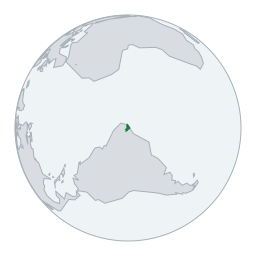 globe centered on Alagoas, rotated 286°
{"feature_id": "BRA-623", "entity_name": "Alagoas", "entity_type": "State", "adm_level": 1, "iso_a3": "BRA", "parent_name": "Brazil", "parent_adm1": "", "projection": "orthographic", "projection_center": [-36.639, -9.667], "detail": "fine", "context": "on_globe", "style": "filled", "palette": "green", "viewbox_px": 256, "rotation_deg": 286, "n_neighbors": 0, "source": "natural_earth", "source_scale": "10m", "svg_char_len": 6737}
<svg xmlns="http://www.w3.org/2000/svg" viewBox="0 0 256 256"><g transform="rotate(286 128 128)"><circle cx="128" cy="128" r="113" fill="#eef3f6" stroke="#a8b0b8"/><path d="M89.2,22.2L92.0,21.3L90.5,21.9L94.0,20.7L94.8,20.4L96.6,19.8L98.3,19.3L96.8,19.8L95.7,20.2L96.1,20.1L94.6,20.6L96.3,20.1L94.2,21.0L98.8,19.5L99.2,19.7L97.2,20.5L94.1,21.2L81.7,26.0L78.7,27.7L77.5,29.0L82.0,29.3L80.0,31.1L79.6,32.8L82.2,31.3L83.4,29.4L88.2,27.4L89.1,25.7L91.1,24.8L93.4,23.1L96.5,22.6L98.4,23.1L96.7,24.6L97.4,25.1L101.9,23.2L101.5,26.1L105.9,28.3L105.4,29.4L99.4,31.5L92.2,32.1L84.4,36.4L93.0,33.0L91.6,36.2L92.9,36.7L95.0,36.3L96.9,35.0L97.2,36.1L88.8,39.5L88.4,38.5L91.1,37.3L87.7,37.8L82.0,40.7L81.7,42.4L73.4,46.0L73.1,47.4L71.2,49.2L72.2,46.6L70.2,51.5L60.4,58.6L57.5,68.3L56.5,61.4L53.8,61.3L50.3,62.4L49.7,63.9L45.8,64.1L40.7,68.7L36.7,77.2L36.4,83.0L40.9,81.8L43.3,77.7L47.3,76.0L42.3,86.5L48.8,86.3L46.9,94.0L48.6,97.6L52.4,95.8L56.1,97.0L59.5,92.1L64.7,89.0L64.1,95.2L67.5,89.2L70.1,91.8L80.8,90.5L79.8,92.0L88.8,98.8L99.5,101.6L102.0,106.2L100.6,109.2L104.6,110.0L104.7,111.9L121.4,114.7L130.7,119.8L130.9,126.7L124.1,134.7L120.2,152.0L108.5,157.9L107.0,165.1L100.6,175.8L93.3,175.4L97.0,180.5L94.2,183.8L90.0,184.3L90.6,188.1L87.5,188.4L90.6,190.7L87.8,195.9L91.2,199.7L89.7,203.9L92.0,206.1L90.7,206.1L89.8,207.1L90.5,208.4L85.3,206.7L81.2,201.7L81.2,198.9L79.3,198.7L79.0,191.6L77.8,193.1L74.0,183.0L73.7,174.4L69.5,150.7L66.6,146.3L58.9,141.9L49.3,126.5L51.1,119.4L49.4,116.5L55.0,106.2L54.1,97.9L52.2,97.1L50.0,100.6L44.2,96.6L43.0,90.8L29.7,86.1L29.2,83.7L30.8,78.9L34.3,66.2L29.1,79.1L28.9,77.2L30.3,73.0L31.4,71.3L34.8,64.9L35.6,63.6L40.8,56.7L46.5,50.3L52.6,44.3L59.2,38.8L66.2,33.8L73.6,29.4L81.3,25.5L89.2,22.2ZM56.1,71.9L63.6,75.4L58.3,76.9L59.5,75.8L57.8,74.1L54.3,73.0L49.9,74.9L56.1,71.9ZM61.7,65.6L60.3,65.5L61.8,65.2L61.7,65.6ZM91.5,23.5L92.4,23.3L91.5,23.7L91.5,23.5ZM91.6,23.1L89.9,23.7L89.7,23.6L90.7,23.2L91.6,23.1ZM93.7,22.4L89.5,23.4L89.2,23.2L92.9,21.7L93.7,22.4ZM93.1,20.9L94.4,20.5L93.6,20.8L92.7,21.0L93.1,20.9ZM102.7,18.2L98.6,19.3L98.8,19.2L102.7,18.2ZM106.8,17.6L105.2,17.8L106.0,17.6L106.8,17.6ZM107.3,17.3L108.5,17.1L107.9,17.2L105.4,17.7L107.3,17.3ZM94.8,210.5L86.1,207.5L90.6,208.8L91.8,206.5L97.0,209.0L94.8,210.5ZM99.1,204.7L101.6,203.4L102.8,204.0L101.3,205.0L99.1,204.7ZM236.4,97.4L236.3,100.5L234.0,92.6L222.1,70.4L221.2,68.4L221.0,68.1L220.7,67.7L222.1,70.9L219.2,66.9L228.1,81.4L230.7,87.7L236.3,101.0L236.4,102.0L237.5,105.0L238.1,104.1L238.6,106.7L239.8,118.0L236.9,132.4L235.9,144.6L233.3,154.6L228.5,159.9L225.8,168.1L222.9,170.2L220.7,174.7L216.5,179.0L210.8,182.7L204.4,181.3L206.4,177.0L206.9,168.2L208.5,147.8L212.7,139.3L213.2,132.5L208.2,116.9L209.5,109.0L207.6,105.5L203.9,105.8L201.4,101.7L199.0,101.4L181.9,103.0L175.1,97.7L163.5,82.5L165.5,76.6L163.2,70.1L174.7,49.9L180.1,51.3L192.6,50.2L194.7,51.2L196.4,55.5L208.4,62.8L208.4,59.4L216.0,64.3L219.0,65.4L214.3,57.2L209.4,55.1L205.4,50.8L206.7,48.9L210.5,51.5L209.1,49.9L204.0,45.3L202.1,43.3L201.9,43.6L204.0,45.4L203.9,45.9L202.0,44.3L201.4,43.5L199.5,42.3L202.7,46.8L205.3,49.1L201.9,48.9L205.8,52.8L205.8,54.3L199.3,48.2L197.8,46.2L188.0,40.0L189.3,41.9L198.6,48.1L196.9,47.4L198.7,50.6L196.0,47.6L185.5,40.9L180.6,41.5L179.2,49.2L175.3,49.7L169.9,48.0L165.7,39.9L174.8,39.7L173.4,37.4L167.5,34.0L170.7,34.4L169.4,33.2L172.4,33.2L172.7,30.7L175.1,30.7L171.4,27.5L172.1,27.3L174.2,29.1L176.9,30.7L182.5,31.6L182.5,31.1L179.6,29.1L181.5,29.8L178.0,27.8L179.3,27.9L174.7,26.2L171.2,24.4L169.9,23.5L167.9,22.8L170.0,24.3L171.6,25.2L174.3,26.4L177.8,29.4L176.7,29.7L169.8,25.8L167.5,25.9L163.2,23.3L160.2,20.1L160.6,20.2L168.2,22.8L175.6,25.9L182.8,29.6L189.7,33.8L196.3,38.4L202.5,43.5L208.4,49.1L213.8,55.0L218.8,61.4L223.4,68.0L227.4,75.0L230.9,82.3L233.9,89.7L236.4,97.4ZM174.3,59.8L174.8,61.6L174.3,59.8ZM81.2,90.4L82.4,91.5L80.6,91.7L81.2,90.4ZM57.1,79.4L58.9,79.3L59.7,80.0L58.2,80.5L57.1,79.4ZM73.9,77.3L76.2,77.5L73.5,78.3L73.9,77.3ZM64.9,75.9L71.9,77.3L66.8,79.6L62.4,78.9L65.7,77.9L64.9,75.9ZM59.8,69.0L60.8,69.2L60.1,70.3L59.8,69.0ZM62.8,65.4L62.3,65.6L62.0,64.8L62.8,65.4ZM92.1,36.0L92.8,35.8L94.7,35.8L93.4,36.4L92.1,36.0ZM106.0,32.8L106.1,34.8L105.1,33.7L103.2,34.7L98.8,33.9L105.0,29.9L103.0,31.7L106.0,32.8ZM94.5,32.2L96.6,32.9L94.1,32.3L94.5,32.2ZM159.3,27.4L161.6,28.1L162.4,29.4L159.2,30.3L158.1,28.4L159.3,27.4ZM164.7,28.9L158.8,25.4L160.5,25.0L160.5,25.7L162.3,25.8L162.8,27.1L170.3,30.6L171.5,32.0L165.0,32.3L166.5,31.3L164.1,30.6L164.7,28.9ZM140.5,20.0L137.9,19.2L145.0,19.2L146.5,19.9L143.5,20.6L139.9,20.2L140.5,20.0ZM101.1,19.8L99.6,20.1L100.1,19.9L101.6,19.4L101.1,19.8ZM106.0,17.7L107.8,18.4L106.2,18.7L109.1,19.2L106.2,20.3L104.4,19.9L104.3,21.2L101.5,21.3L101.9,22.3L98.2,21.3L95.7,21.7L99.6,20.7L102.4,19.7L102.9,19.3L102.3,18.8L98.2,19.5L100.3,18.8L102.9,18.2L104.2,17.9L102.4,18.4L105.5,17.7L103.9,18.2L106.0,17.7ZM134.3,15.5L135.9,15.8L134.7,15.7L135.8,15.9L135.9,16.0L137.0,16.2L135.3,16.3L136.5,16.7L135.0,16.6L137.6,17.2L134.9,16.8L134.8,17.2L137.5,17.3L125.4,19.1L122.4,20.7L121.4,22.4L116.9,22.0L115.1,20.4L115.0,18.6L118.5,17.4L115.8,17.7L116.7,17.2L118.5,17.2L116.3,17.0L117.5,16.7L117.5,16.1L113.7,16.4L115.6,16.1L114.1,16.2L124.2,15.4L134.3,15.5ZM111.0,16.6L109.3,16.9L108.8,17.0L111.0,16.6ZM195.1,49.7L196.3,50.1L197.9,50.2L199.0,52.4L195.1,49.7ZM187.9,45.1L188.8,44.9L191.1,47.7L189.8,47.5L187.9,45.1ZM187.3,42.7L188.7,44.7L187.1,43.5L187.3,42.7ZM174.7,29.0L175.4,28.9L176.3,29.4L176.8,30.1L174.7,29.0ZM214.6,58.3L214.9,59.6L214.0,58.6L214.1,58.3L214.6,58.3ZM207.5,55.6L210.1,57.2L207.8,56.2L207.5,55.6ZM236.5,156.2L229.5,173.0L228.7,172.1L230.8,166.6L234.9,156.2L236.5,154.2L237.9,149.8L236.5,156.2Z" fill="#d9dde1" stroke="#a8b0b8" stroke-width="1"/><path d="M130.9,126.5L130.7,126.8L130.6,127.0L130.4,127.3L130.2,127.4L130.2,127.5L130.0,127.8L129.9,127.8L129.8,128.0L129.7,128.0L129.7,127.9L129.6,128.0L129.4,127.9L129.4,128.0L129.5,128.2L129.5,128.3L129.4,128.4L129.3,128.5L129.2,128.6L129.2,128.8L129.0,129.0L128.8,129.1L128.7,129.2L128.7,129.3L128.4,129.6L128.2,129.5L128.1,129.4L128.1,129.2L127.9,129.2L127.7,129.1L127.6,128.9L127.4,128.9L127.4,128.7L127.2,128.6L126.9,128.4L126.9,128.5L126.9,128.4L126.7,128.3L126.7,128.2L126.4,128.1L126.2,128.1L125.9,127.9L125.7,127.9L125.4,127.7L125.2,127.6L124.9,127.3L125.0,127.3L125.1,127.2L125.3,127.0L125.5,126.9L125.7,126.7L125.8,126.4L125.9,126.5L126.0,126.6L126.3,126.6L126.5,126.7L126.5,126.8L126.9,127.2L127.1,127.2L127.3,127.3L127.5,127.3L127.5,127.2L128.0,127.2L128.1,127.3L128.1,127.2L128.3,127.2L128.6,127.1L128.7,126.9L128.8,126.9L129.0,126.7L129.3,126.5L129.5,126.4L129.6,126.5L129.8,126.5L130.0,126.4L130.3,126.4L130.4,126.5L130.6,126.5L130.8,126.5L130.9,126.5Z" fill="#22c55e" stroke="#15803d" stroke-width="1.5"/></g></svg>